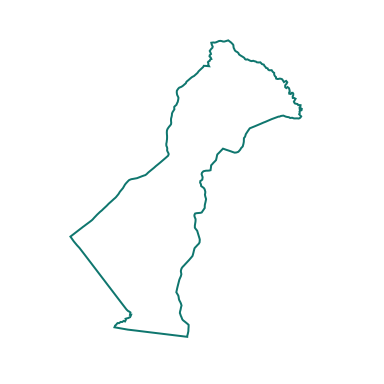 the district of Senador Guiomard, Acre, Brazil, rotated 163°
{"feature_id": "56859067B6491978564654", "entity_name": "Senador Guiomard", "entity_type": "district", "adm_level": 2, "iso_a3": "BRA", "parent_name": "Brazil", "parent_adm1": "Acre", "projection": "orthographic", "projection_center": [-67.514, -9.978], "detail": "fine", "context": "isolated", "style": "outline", "palette": "teal", "viewbox_px": 384, "rotation_deg": 163, "n_neighbors": 0, "source": "geoboundaries", "source_scale": "gbopen_adm2", "svg_char_len": 5338}
<svg xmlns="http://www.w3.org/2000/svg" viewBox="0 0 384 384"><g transform="rotate(163 192 192)"><path d="M305.7,85.3L293.7,79.2L286.2,75.9L275.0,70.9L262.8,65.5L238.9,54.9L238.5,56.0L237.7,57.2L236.3,59.7L235.8,61.0L235.3,62.5L234.8,63.7L234.4,64.9L234.1,65.9L234.7,67.0L235.3,67.9L235.9,68.8L236.7,70.0L237.4,71.0L238.1,72.0L238.5,73.0L238.6,74.3L238.7,75.7L238.9,77.0L238.9,78.5L239.0,79.8L238.2,81.5L237.4,82.7L236.7,84.0L236.1,85.1L235.2,86.5L235.2,88.7L235.4,90.2L235.8,92.2L235.8,93.7L235.5,95.4L235.4,97.0L236.3,100.7L234.3,104.3L232.5,107.3L231.4,109.1L229.7,111.9L228.6,113.2L227.3,114.7L226.2,116.5L226.0,118.2L225.8,119.6L225.2,120.7L224.3,122.0L222.9,123.1L221.6,123.8L214.7,127.8L210.3,130.6L209.4,131.9L208.6,133.2L208.0,134.2L207.5,135.1L206.8,136.2L206.1,137.4L204.9,138.2L203.9,138.7L203.1,139.2L201.9,139.9L200.7,140.5L199.5,141.6L198.9,143.1L198.5,144.1L198.4,145.4L198.4,146.7L198.4,148.2L198.4,149.3L198.4,150.3L198.4,151.8L198.4,153.5L199.1,155.2L199.7,157.0L199.1,159.0L198.2,160.9L197.4,162.5L196.9,163.8L196.5,165.1L196.7,166.9L196.7,168.5L196.2,169.6L195.3,170.5L193.8,170.4L192.8,170.2L191.4,169.9L190.0,169.6L188.7,169.6L184.5,173.0L184.2,174.0L183.6,175.7L183.0,176.8L182.0,178.5L181.3,179.8L180.6,181.1L180.6,183.7L180.4,185.7L179.7,187.0L179.2,188.3L179.1,190.9L179.6,192.5L180.3,193.4L181.5,195.0L181.2,196.8L181.5,198.6L180.8,200.1L179.5,200.4L178.5,200.9L177.5,203.1L177.6,205.0L177.6,206.3L176.8,207.5L175.0,208.5L172.5,208.3L169.5,207.5L167.9,207.4L166.4,210.6L165.9,211.9L164.5,212.7L163.1,213.6L161.2,214.6L159.7,215.5L158.4,217.7L157.5,219.4L156.8,220.5L154.7,221.6L149.7,224.4L146.7,222.2L144.7,220.8L142.5,219.2L141.2,218.2L139.6,217.1L137.8,216.8L135.9,216.9L134.6,217.7L133.6,218.3L132.2,219.6L130.2,220.7L128.8,222.9L127.8,224.8L126.6,228.3L125.2,229.3L124.5,230.2L123.7,231.5L120.6,234.1L119.3,235.1L118.2,236.0L115.0,236.3L112.6,236.5L105.8,237.2L103.3,237.5L101.6,237.6L97.1,238.1L94.4,238.4L87.2,238.8L86.2,238.5L85.2,238.7L83.8,238.6L82.2,238.3L81.2,237.4L80.2,236.6L78.8,235.8L77.5,235.2L76.5,234.1L74.5,233.7L73.0,232.6L71.5,232.1L69.9,231.7L68.9,231.2L67.6,231.1L66.4,231.6L65.5,232.4L66.4,234.1L66.8,235.1L65.9,235.9L65.7,237.4L64.8,238.1L63.4,238.2L62.7,239.4L63.6,240.5L64.7,240.1L64.5,241.2L63.2,242.3L62.8,243.3L63.8,243.7L65.0,244.0L65.4,245.3L66.6,245.9L67.8,246.7L68.2,248.5L67.0,249.7L65.7,250.9L66.9,252.1L68.1,252.5L67.9,253.7L66.9,255.0L66.4,256.3L66.7,257.4L67.9,257.7L68.9,256.8L70.3,257.6L70.0,258.8L69.1,259.7L68.9,261.4L68.9,262.9L69.9,264.4L71.4,263.8L72.2,264.9L71.9,266.3L71.3,267.1L69.9,267.9L68.8,269.1L69.5,270.7L70.9,270.5L71.9,270.2L72.3,271.6L72.8,273.4L73.9,274.3L75.0,274.8L76.0,274.8L77.3,275.1L78.4,275.9L78.1,277.3L78.7,278.3L79.0,279.5L79.0,280.6L78.6,281.9L79.4,282.9L79.9,284.0L80.2,285.2L81.4,285.5L82.5,285.8L83.4,286.9L83.6,288.2L84.9,289.0L85.2,290.2L85.8,291.2L86.1,292.8L87.7,293.9L88.7,296.0L90.4,296.4L92.1,297.1L92.8,298.1L93.9,298.7L95.1,299.6L96.6,299.7L97.7,300.3L98.5,301.0L99.4,301.9L100.3,302.7L101.6,302.8L102.4,303.5L102.8,305.0L103.4,305.8L104.1,306.6L105.8,308.5L106.8,309.8L107.0,311.3L107.8,312.6L108.7,313.4L109.6,314.8L109.7,316.0L110.0,317.7L109.8,319.0L109.5,320.4L109.8,321.4L110.4,322.5L110.9,323.5L113.0,326.4L116.9,326.4L118.3,326.8L119.4,327.6L120.6,328.2L122.0,328.5L123.7,328.3L125.4,328.1L127.0,328.3L127.9,328.8L129.9,329.1L130.0,327.8L129.9,326.3L129.7,325.0L130.3,324.0L132.1,323.0L133.8,321.7L133.6,320.2L133.5,318.4L135.1,317.6L135.6,316.5L134.8,315.2L134.6,313.5L135.8,313.4L136.8,312.2L137.9,312.1L138.8,311.5L138.7,310.4L139.2,309.1L138.9,307.3L142.1,308.6L143.8,309.2L144.9,308.2L148.6,306.4L150.4,305.5L151.9,304.3L153.4,303.6L156.2,302.3L157.5,302.1L158.7,301.8L160.6,301.0L162.8,300.0L164.3,299.4L165.2,298.9L166.1,297.8L167.7,297.1L169.7,296.2L171.4,295.7L173.7,295.5L174.7,295.0L175.9,294.1L176.9,293.2L177.4,291.9L177.7,290.4L177.8,289.1L177.5,287.3L177.4,286.1L177.9,284.9L178.6,283.6L179.4,282.2L180.6,281.0L181.3,280.0L182.8,279.3L184.0,278.7L184.4,277.7L184.7,276.2L187.4,273.9L188.3,272.7L188.7,271.5L189.6,269.8L190.4,268.6L191.0,267.1L191.4,265.5L191.6,264.4L192.2,263.0L193.4,262.0L194.6,261.3L196.7,259.7L197.4,258.9L198.0,258.1L198.7,256.2L199.2,254.2L199.4,253.1L199.9,251.4L200.5,249.7L201.1,248.4L201.6,247.2L202.5,245.6L203.0,243.7L202.8,242.0L203.0,240.6L203.6,239.3L203.6,237.9L203.3,236.7L203.2,235.1L204.2,233.7L206.6,232.6L213.9,229.4L217.3,228.0L218.8,227.4L221.4,226.2L224.1,225.1L228.0,223.5L230.3,222.3L231.7,221.8L233.0,221.8L235.2,221.7L240.5,221.3L244.0,221.7L246.4,222.0L248.6,221.8L250.0,221.1L251.2,220.4L252.4,219.7L253.9,218.7L255.5,217.2L256.9,215.9L258.9,214.6L260.9,213.3L262.9,211.5L264.7,210.3L266.2,209.3L267.6,208.6L268.8,208.1L271.5,206.8L275.0,205.2L277.7,203.7L282.2,201.5L283.3,200.9L284.7,200.3L285.7,199.9L286.7,199.4L288.3,198.6L289.5,198.0L291.4,196.9L292.5,196.3L294.0,195.4L295.0,194.8L296.0,194.3L297.8,193.6L300.3,192.7L303.4,191.6L305.0,191.0L306.8,190.4L308.0,189.9L309.4,189.4L321.3,184.9L319.5,179.4L317.5,174.6L316.0,171.5L312.7,162.7L292.0,106.8L289.0,98.8L288.0,97.0L287.0,96.0L286.1,94.8L287.2,92.7L286.1,92.4L286.8,91.5L287.8,90.4L290.1,90.1L291.3,90.2L292.6,90.2L292.6,89.1L293.9,87.8L295.0,88.7L296.8,88.1L298.2,88.6L300.2,87.9L301.2,88.4L302.2,88.1L303.2,87.3L304.6,86.7L305.7,85.3Z" fill="none" stroke="#0f766e" stroke-width="2"/></g></svg>